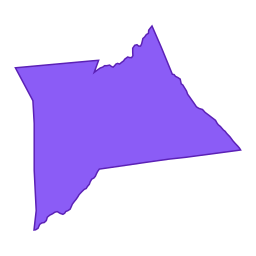 the district of Camalaú, Paraíba, Brazil
{"feature_id": "56859067B1545976876793", "entity_name": "Camalaú", "entity_type": "district", "adm_level": 2, "iso_a3": "BRA", "parent_name": "Brazil", "parent_adm1": "Paraíba", "projection": "equal_earth", "projection_center": [-36.768, -7.907], "detail": "fine", "context": "isolated", "style": "filled", "palette": "violet", "viewbox_px": 256, "rotation_deg": 0, "n_neighbors": 0, "source": "geoboundaries", "source_scale": "gbopen_adm2", "svg_char_len": 1438}
<svg xmlns="http://www.w3.org/2000/svg" viewBox="0 0 256 256"><path d="M240.6,150.0L239.5,148.2L238.1,146.5L235.0,143.2L232.8,140.7L230.1,137.0L226.7,133.4L225.1,131.3L223.4,130.0L220.4,126.5L218.2,124.7L216.9,122.9L215.5,120.3L212.6,118.1L210.0,116.1L207.9,114.5L205.1,112.4L202.5,109.5L198.9,108.4L196.4,106.8L194.0,103.2L191.6,99.8L189.5,96.8L187.6,94.2L186.5,91.0L182.8,85.0L181.2,83.8L180.2,79.1L177.8,77.5L175.5,76.4L174.1,74.6L172.3,74.2L171.2,71.5L161.4,47.6L152.0,26.0L150.3,28.1L148.7,30.2L148.4,33.4L146.4,34.5L144.6,37.0L142.9,38.5L142.3,41.1L141.6,43.9L140.5,46.1L138.6,46.1L137.0,44.7L134.7,45.3L132.7,48.2L132.7,52.3L132.9,55.7L131.6,57.6L129.7,57.6L127.7,57.0L124.7,59.2L123.6,60.9L121.9,62.1L119.6,64.0L117.5,63.4L115.9,64.1L114.6,65.7L113.1,67.2L111.5,66.5L109.6,65.1L106.8,65.7L104.6,65.7L102.7,67.1L100.2,68.0L98.1,69.5L96.2,70.9L94.2,72.4L98.6,60.3L91.4,60.9L15.4,67.8L32.9,100.7L34.2,123.4L34.2,170.4L36.2,210.6L34.0,230.0L35.6,229.8L38.0,228.3L39.7,224.4L41.7,223.0L44.3,222.5L46.3,220.6L47.3,217.2L49.7,215.2L52.5,213.8L54.9,212.2L57.2,211.6L60.2,213.4L62.9,214.3L64.6,213.3L65.8,211.5L67.8,210.7L70.1,209.2L71.4,206.4L72.3,204.2L74.4,201.4L76.2,199.2L77.7,197.0L79.2,194.5L82.0,191.5L84.3,189.3L86.2,188.5L87.5,186.4L89.3,184.3L90.2,181.8L91.7,179.2L94.0,177.9L95.4,176.2L96.3,174.1L97.6,171.5L99.3,169.1L145.6,162.4L168.3,159.2L185.8,157.3L240.6,150.0Z" fill="#8b5cf6" stroke="#5b21b6" stroke-width="1.5"/></svg>